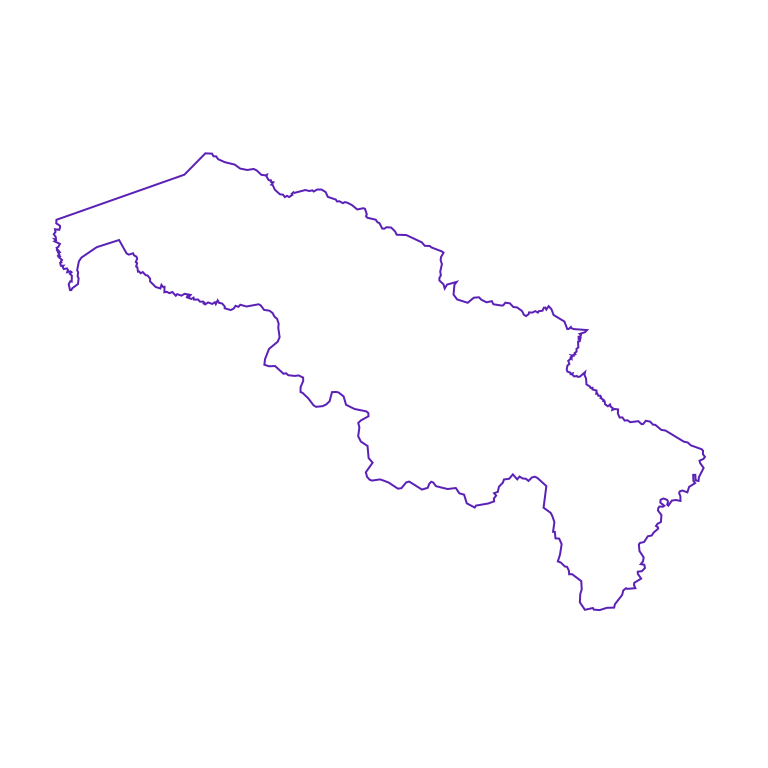 Lavushimanda, Muchinga, Zambia (orthographic projection), rotated 353°
{"feature_id": "96606910B97886687400536", "entity_name": "Lavushimanda", "entity_type": "district", "adm_level": 2, "iso_a3": "ZMB", "parent_name": "Zambia", "parent_adm1": "Muchinga", "projection": "orthographic", "projection_center": [31.015, -12.593], "detail": "fine", "context": "isolated", "style": "outline", "palette": "violet", "viewbox_px": 768, "rotation_deg": 353, "n_neighbors": 0, "source": "geoboundaries", "source_scale": "gbopen_adm2", "svg_char_len": 6113}
<svg xmlns="http://www.w3.org/2000/svg" viewBox="0 0 768 768"><g transform="rotate(353 384 384)"><path d="M555.9,632.6L564.0,631.8L564.7,633.5L570.5,634.7L578.0,633.3L585.2,634.0L586.3,630.8L594.7,622.3L596.4,618.0L599.4,616.2L600.6,617.0L608.6,617.3L607.6,613.9L608.2,611.8L615.5,608.5L612.8,603.4L613.0,601.2L617.2,601.2L620.6,598.4L620.3,595.1L616.9,594.1L619.5,591.5L620.6,587.7L617.2,580.9L617.4,574.4L618.6,573.0L622.9,572.5L627.3,567.3L631.3,567.0L633.4,564.4L638.5,561.0L638.5,559.7L636.7,558.1L638.3,556.2L642.0,554.7L643.4,547.8L640.5,543.0L641.1,540.6L642.4,539.2L646.0,539.8L647.4,539.0L643.8,535.4L644.4,532.6L647.5,531.7L650.9,533.5L651.6,535.3L650.4,538.2L651.4,539.4L655.5,534.8L659.5,534.7L664.0,536.2L664.5,531.5L663.6,528.3L664.5,526.6L667.2,526.1L671.9,528.5L674.3,523.3L680.7,520.3L679.3,517.8L679.8,511.9L681.9,512.1L681.6,517.6L684.3,518.6L685.3,514.7L691.0,506.3L688.2,501.1L687.8,498.6L691.9,497.3L693.7,495.5L692.0,492.6L692.5,489.1L691.4,487.5L681.1,482.3L678.4,479.1L674.6,477.8L657.7,464.5L653.6,463.3L648.3,457.6L646.1,457.2L643.6,453.8L639.4,452.4L636.3,455.3L634.7,455.2L631.9,451.9L623.7,451.9L621.3,449.7L618.4,449.6L616.5,446.2L613.8,446.0L612.5,441.8L613.3,437.8L609.9,436.9L607.4,437.6L608.0,435.7L606.2,434.1L605.9,431.9L603.5,433.4L600.9,431.0L600.9,428.0L599.5,427.6L600.0,426.5L597.2,424.3L597.9,423.6L597.4,422.0L595.3,421.8L594.6,419.4L593.5,419.5L594.2,416.4L590.2,414.8L590.5,413.2L588.4,413.0L588.2,411.7L584.9,409.1L585.2,403.3L584.1,399.4L585.0,396.7L579.3,400.6L577.1,400.5L576.3,399.5L573.7,399.7L571.9,397.6L572.5,396.5L570.4,396.9L570.3,395.4L567.6,394.1L567.1,391.9L568.3,388.0L570.4,386.8L569.7,383.4L571.9,382.1L572.4,380.6L573.3,381.7L573.5,380.0L574.7,379.2L574.0,378.5L575.8,379.0L576.0,378.0L577.5,377.8L577.1,376.4L579.1,375.3L579.3,372.7L581.3,371.4L581.8,365.7L583.5,365.4L584.5,362.7L582.7,363.2L582.9,360.8L584.8,360.6L585.5,359.3L584.4,358.1L589.8,357.1L592.1,355.2L579.5,352.7L576.9,351.6L576.4,350.2L574.0,351.9L572.6,351.8L570.7,344.0L560.7,336.1L559.3,330.1L556.9,326.8L554.2,329.9L553.5,327.9L552.0,327.7L550.2,330.6L546.5,330.6L545.5,331.9L543.1,330.1L539.9,331.2L536.7,330.6L536.2,332.2L533.3,333.9L531.3,332.4L529.9,328.4L525.4,324.2L521.7,323.3L518.8,319.3L514.3,318.1L512.0,320.4L510.4,320.5L502.3,318.2L501.1,314.9L495.7,315.4L490.9,312.2L488.8,309.5L483.6,309.3L477.0,313.6L466.9,309.0L463.9,303.7L466.0,294.1L468.5,291.5L458.7,293.0L455.9,296.6L455.2,292.3L451.6,288.0L451.9,285.5L453.7,283.1L453.5,279.3L456.1,272.0L455.3,268.1L456.0,265.1L459.1,260.9L457.6,259.5L447.7,254.2L446.2,252.6L441.3,251.8L438.8,248.0L424.3,238.9L414.8,237.4L413.6,233.9L410.2,229.6L405.5,228.7L403.3,229.9L401.2,229.5L399.0,223.6L397.3,222.8L395.8,219.9L387.8,217.0L386.6,215.3L387.6,213.5L386.5,207.8L384.9,207.0L378.7,207.5L374.1,202.6L369.7,199.6L367.3,198.7L365.2,199.5L362.1,197.2L359.6,197.1L358.7,195.1L351.0,191.4L349.5,186.4L345.7,183.4L341.3,182.8L337.7,184.4L336.4,183.0L333.6,183.4L329.5,181.9L318.4,183.4L317.5,182.6L315.5,184.1L316.1,185.1L312.6,186.9L310.7,185.4L308.4,186.4L306.8,183.8L303.8,183.0L299.3,177.8L297.8,172.9L296.5,172.4L298.7,170.3L296.3,169.5L296.6,168.1L294.4,167.6L292.6,163.5L293.3,162.0L291.7,162.5L287.7,161.4L283.9,156.7L280.9,154.7L274.3,154.9L267.4,152.6L262.7,148.1L253.2,144.5L246.8,140.7L245.1,137.6L242.5,137.2L241.4,134.4L234.8,133.3L211.4,151.9L78.9,181.1L78.3,184.6L81.6,187.4L81.7,188.8L80.5,191.4L76.3,190.3L76.5,193.0L74.5,195.1L76.1,198.1L76.0,200.7L74.9,200.3L75.8,201.5L74.3,202.2L79.4,205.4L77.4,208.3L75.7,208.9L76.2,210.7L74.9,210.8L77.1,211.7L78.1,213.5L76.5,213.4L77.6,216.2L76.5,216.6L77.7,217.8L76.5,218.1L79.5,221.7L78.3,222.7L78.7,223.9L77.3,224.3L77.7,227.3L80.2,227.5L79.2,228.4L80.2,230.9L83.3,230.6L84.2,232.1L83.2,234.4L86.5,233.9L87.5,235.0L85.6,236.3L87.4,238.4L86.5,244.3L85.2,243.8L83.2,246.5L83.8,252.5L85.1,252.7L86.2,251.0L92.4,247.5L93.8,241.8L93.0,239.9L94.0,235.9L93.3,233.6L96.1,225.1L99.0,221.7L115.5,213.2L138.6,208.8L144.4,223.0L146.4,224.5L150.9,223.7L151.5,225.8L153.8,227.4L154.3,229.5L152.5,232.7L153.7,234.0L152.3,237.2L153.4,238.1L153.5,242.5L154.7,242.5L155.9,244.4L158.2,243.5L160.7,246.9L162.6,247.5L164.7,251.0L164.3,253.6L169.2,259.9L173.7,261.9L175.2,258.5L176.6,260.8L178.0,260.8L177.2,266.2L179.6,266.0L182.1,267.7L185.1,266.9L188.1,271.0L189.7,269.6L193.7,271.6L197.1,270.2L202.9,272.0L201.3,273.5L199.5,272.9L198.9,273.9L203.1,276.1L205.5,275.1L205.7,277.1L209.8,277.5L211.3,279.8L214.8,280.3L215.7,281.6L214.9,282.2L216.2,283.2L219.3,281.6L223.3,283.6L226.1,282.2L226.8,284.2L229.1,280.7L230.2,283.4L233.1,284.3L235.4,287.7L235.1,289.4L240.8,291.9L243.9,290.9L246.2,288.3L248.9,289.7L251.0,287.8L256.9,290.3L269.3,289.6L271.1,290.8L274.0,295.8L279.3,297.3L282.0,299.9L283.5,303.8L285.8,306.2L286.8,311.3L285.9,315.3L286.1,324.8L283.6,329.1L274.2,335.1L268.9,344.9L267.6,350.3L272.1,352.4L278.1,352.9L285.5,361.6L288.1,361.4L290.0,363.6L296.4,365.1L300.4,365.1L304.5,367.8L304.2,371.1L300.8,377.0L300.2,381.8L302.1,382.9L307.1,389.0L311.4,396.5L313.8,398.4L320.5,398.5L324.2,397.2L327.9,394.5L331.4,385.7L335.8,386.1L337.9,386.9L342.4,391.4L343.8,400.0L351.7,405.2L363.1,409.0L364.9,410.9L364.7,414.1L356.7,417.3L353.7,419.5L354.3,424.0L352.0,432.7L354.0,438.3L360.1,443.5L359.7,455.6L363.1,460.7L355.2,469.4L355.9,474.1L358.0,477.2L360.4,478.4L368.4,478.2L371.4,479.6L376.6,482.4L385.1,489.6L388.6,489.5L394.0,484.4L397.1,483.9L408.8,493.4L414.7,492.4L416.8,488.5L419.0,486.8L420.8,487.7L423.1,491.7L427.9,493.6L434.4,496.0L442.6,496.0L445.5,501.7L450.0,503.6L451.6,512.5L459.0,517.7L460.5,515.9L472.9,515.3L479.0,513.9L479.1,511.0L481.7,508.4L480.0,505.8L483.8,504.9L485.6,499.9L490.0,496.4L491.4,493.4L496.7,493.3L500.9,489.4L504.6,494.9L507.2,492.4L510.2,494.7L513.2,495.3L515.6,497.8L519.4,494.8L522.3,494.4L524.7,495.8L532.7,505.1L527.3,526.2L533.8,532.3L535.0,535.7L536.3,541.8L533.8,551.3L535.5,551.6L535.4,558.1L539.0,558.8L540.8,564.6L537.9,574.8L534.9,581.3L537.7,582.7L541.2,587.1L543.4,587.8L544.8,591.9L544.6,595.4L547.5,595.7L555.8,603.7L555.2,612.0L553.2,616.4L551.8,624.6L555.9,632.6Z" fill="none" stroke="#5b21b6" stroke-width="2"/></g></svg>